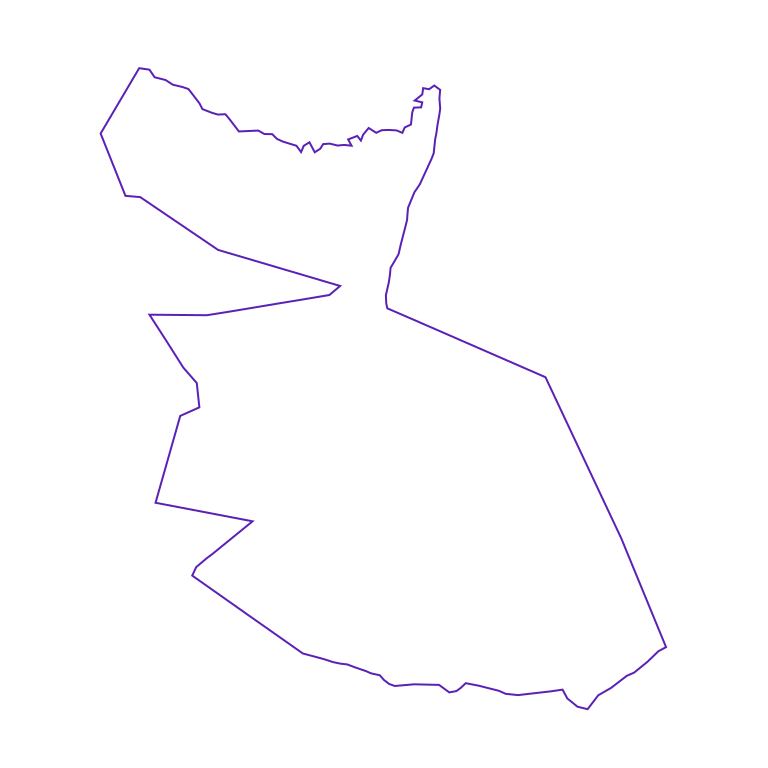 São Lourenço do Piauí, Piauí, Brazil (Natural Earth projection), rotated 276°
{"feature_id": "56859067B94074134644551", "entity_name": "São Lourenço do Piauí", "entity_type": "district", "adm_level": 2, "iso_a3": "BRA", "parent_name": "Brazil", "parent_adm1": "Piauí", "projection": "natural_earth1", "projection_center": [-42.478, -9.175], "detail": "fine", "context": "isolated", "style": "outline", "palette": "violet", "viewbox_px": 768, "rotation_deg": 276, "n_neighbors": 0, "source": "geoboundaries", "source_scale": "gbopen_adm2", "svg_char_len": 1820}
<svg xmlns="http://www.w3.org/2000/svg" viewBox="0 0 768 768"><g transform="rotate(276 384 384)"><path d="M672.5,107.5L603.5,76.0L544.1,107.2L544.4,122.0L500.0,205.0L487.6,272.2L476.9,330.1L466.8,320.4L453.5,272.2L440.1,223.8L433.9,200.7L428.4,143.5L403.7,163.4L379.3,182.7L365.4,197.7L341.5,202.8L331.0,184.7L242.0,169.2L233.7,267.6L196.8,230.9L192.6,226.3L182.3,216.4L173.4,213.3L140.5,272.2L107.5,331.5L104.0,353.5L102.1,362.4L101.3,370.1L101.3,376.6L99.2,384.7L96.6,396.0L94.9,401.3L93.9,410.3L89.7,414.8L86.2,420.5L84.8,426.3L88.5,445.4L90.5,470.2L84.1,481.2L86.2,488.1L89.7,492.0L95.0,496.6L93.9,509.4L90.9,530.3L88.6,537.4L88.6,549.8L91.2,561.4L95.8,582.1L98.7,593.5L90.4,599.2L86.3,605.6L83.3,610.1L81.9,620.5L96.8,629.6L101.1,635.5L105.5,641.6L119.2,656.0L123.1,662.9L135.3,675.1L147.0,684.9L151.8,692.0L255.3,636.1L407.6,543.9L447.7,417.2L459.6,379.4L464.4,377.8L472.5,376.6L485.9,378.2L493.4,378.5L500.3,378.4L506.9,381.5L514.6,384.9L524.5,386.1L541.1,388.6L549.6,389.8L554.9,389.6L561.8,389.5L577.9,394.2L586.2,398.7L612.8,407.7L618.6,409.3L632.5,409.3L639.1,409.9L646.9,410.1L652.3,410.5L657.9,410.9L663.8,411.1L673.6,409.3L682.4,409.1L686.1,402.8L681.9,398.1L682.3,392.0L676.0,391.8L669.1,384.9L668.1,392.6L663.0,392.0L662.0,384.9L657.1,383.7L644.9,383.7L641.3,377.8L635.7,376.0L637.5,370.1L637.2,362.6L636.2,355.3L633.0,350.0L637.0,342.0L629.8,337.2L623.7,335.6L627.9,331.5L623.5,322.8L617.6,326.8L617.6,319.2L616.3,313.0L617.4,304.9L616.2,298.4L611.3,296.0L607.2,290.9L616.6,284.6L612.5,279.3L606.0,277.3L611.8,272.0L614.5,258.1L616.6,251.9L620.8,246.7L620.1,238.9L622.9,232.5L620.0,213.3L630.8,203.1L635.7,198.1L634.6,190.6L635.7,184.6L638.4,174.7L643.9,171.1L656.9,158.7L658.3,152.6L659.6,142.6L663.5,135.0L665.1,123.8L672.1,117.9L672.5,107.5Z" fill="none" stroke="#5b21b6" stroke-width="2"/></g></svg>